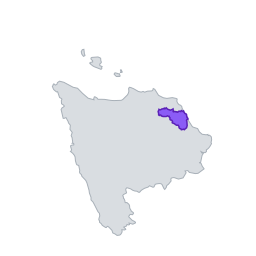 where Granada sits in Spain, rotated 242°
{"feature_id": "ESP-5821", "entity_name": "Granada", "entity_type": "Autonomous Community", "adm_level": 1, "iso_a3": "ESP", "parent_name": "Spain", "parent_adm1": "", "projection": "orthographic", "projection_center": [-3.141, 37.388], "detail": "fine", "context": "in_parent", "style": "filled", "palette": "violet", "viewbox_px": 256, "rotation_deg": 242, "n_neighbors": 0, "source": "natural_earth", "source_scale": "10m", "svg_char_len": 5060}
<svg xmlns="http://www.w3.org/2000/svg" viewBox="0 0 256 256"><g transform="rotate(242 128 128)"><path d="M134.3,66.2L134.3,66.8L135.4,68.0L138.5,68.6L139.3,69.1L139.2,70.7L138.5,72.1L139.2,72.7L139.9,72.7L140.8,71.5L141.0,72.3L142.5,72.9L145.7,74.1L147.9,74.2L150.3,76.7L154.0,76.1L157.5,78.4L160.6,77.8L161.4,78.2L166.3,78.1L166.5,76.1L167.0,75.3L175.7,77.6L176.8,79.3L176.7,80.1L177.2,82.1L178.4,81.9L180.6,80.7L183.5,82.0L184.4,83.1L185.0,83.2L187.1,81.9L193.1,82.9L193.3,82.0L193.7,81.7L196.1,80.7L197.2,80.4L200.4,80.8L200.8,81.9L201.5,82.3L201.8,83.3L200.0,84.0L199.9,85.7L201.2,87.0L201.5,89.5L198.5,92.8L189.7,98.7L186.8,102.1L180.0,104.1L173.0,106.8L168.9,111.2L170.0,111.5L171.3,112.9L170.9,113.6L169.1,114.7L167.4,115.0L164.5,120.4L160.3,126.0L158.8,128.5L155.6,135.0L155.6,136.8L157.5,143.1L158.6,144.7L160.0,146.0L162.6,147.1L163.3,148.3L162.5,149.4L159.9,151.5L155.4,154.3L153.5,156.5L153.2,158.5L151.8,159.5L151.4,162.4L149.6,166.4L149.6,167.4L151.0,168.8L149.6,169.8L142.5,170.3L138.1,173.4L135.9,176.2L134.0,181.4L131.5,184.4L130.5,185.0L128.8,183.7L126.7,183.5L124.6,184.0L123.6,185.0L121.9,185.6L120.2,185.1L116.7,184.8L115.1,184.9L112.7,185.7L110.6,185.2L107.0,184.8L99.3,185.4L98.3,185.8L94.8,189.2L91.1,189.2L87.7,190.5L85.3,193.8L84.8,195.6L84.2,195.2L83.6,195.3L83.3,196.7L81.0,197.4L78.3,196.3L76.2,194.5L75.0,194.4L73.3,191.7L72.5,190.0L72.0,188.2L72.0,187.0L70.4,186.2L70.0,184.6L71.3,182.5L72.9,181.4L71.4,181.4L70.3,182.7L69.0,180.5L63.6,176.0L64.0,174.5L63.0,175.6L62.3,175.9L59.5,175.6L56.2,176.0L55.1,168.6L56.1,166.1L60.0,161.3L62.3,160.8L63.3,158.2L61.2,158.3L58.1,153.2L59.2,148.6L62.6,145.4L63.2,144.0L63.4,142.7L62.8,141.8L61.0,141.2L59.4,137.5L59.0,135.2L57.6,133.9L56.5,131.6L57.6,131.3L62.2,131.5L63.3,131.0L64.3,129.5L65.2,127.1L65.5,125.6L63.8,123.3L63.8,122.9L64.0,122.2L66.9,119.9L66.4,118.1L67.0,114.3L66.9,112.1L66.7,110.3L65.8,108.0L66.5,107.0L67.9,106.3L69.2,104.4L70.9,102.9L73.1,101.7L75.8,99.0L75.4,97.7L74.6,97.0L71.5,96.3L71.3,95.8L71.4,92.8L70.7,91.5L69.5,91.6L67.8,91.0L67.4,91.3L65.2,91.1L63.7,90.5L63.0,91.0L62.8,92.0L60.2,93.0L58.7,92.9L56.4,91.9L53.7,92.0L53.3,91.8L51.0,92.9L50.2,92.9L49.3,91.4L50.7,89.3L49.7,87.2L49.0,87.0L44.7,88.3L42.1,90.1L41.1,90.3L40.7,90.0L40.8,87.1L43.6,84.3L42.0,84.0L42.1,83.1L43.3,81.8L42.2,80.7L42.5,77.7L40.1,78.5L39.5,78.4L39.6,77.1L41.1,74.8L39.7,74.4L38.6,73.5L37.4,71.4L37.4,70.3L38.3,67.9L40.4,66.9L42.5,65.3L45.2,65.8L49.3,64.6L50.7,64.0L50.7,62.9L50.3,62.1L50.7,61.5L54.1,59.6L56.1,59.5L58.1,58.6L59.4,59.3L60.6,59.1L61.9,60.0L63.6,61.8L66.1,62.7L68.2,62.2L78.8,62.4L81.9,61.6L84.2,62.8L88.7,63.4L91.4,64.4L98.9,66.0L101.6,66.1L107.1,64.6L108.6,65.0L110.8,64.3L111.9,64.5L113.2,65.5L118.1,66.9L119.3,65.7L120.3,65.5L123.7,66.2L127.3,67.7L129.1,67.8L131.7,67.3L134.3,66.2ZM202.9,127.8L204.2,128.4L205.6,127.7L206.3,127.8L207.1,128.1L207.3,129.2L204.8,134.9L202.5,136.6L200.1,135.6L198.7,135.4L198.2,134.9L197.8,133.2L197.1,132.7L196.2,132.5L194.4,134.0L193.8,133.1L192.9,132.9L192.6,132.4L192.5,131.7L197.9,127.0L199.5,126.0L202.9,124.6L203.4,124.8L203.0,125.4L203.5,126.0L202.9,127.8ZM218.6,124.4L218.2,126.0L213.9,124.3L212.5,124.2L212.1,123.9L212.2,122.3L214.9,121.9L217.3,122.5L218.6,124.4ZM180.5,144.7L180.0,145.8L177.9,145.6L177.4,145.1L177.8,143.9L178.4,143.7L178.4,142.8L179.0,141.9L181.9,141.0L182.6,141.6L182.8,142.5L181.1,144.4L180.5,144.7ZM182.8,149.0L182.5,149.3L180.1,149.2L180.1,148.4L180.5,147.4L181.4,148.4L182.7,148.5L182.8,149.0Z" fill="#d9dde1" stroke="#a8b0b8" stroke-width="1"/><path d="M117.0,185.1L116.6,185.1L115.6,184.9L114.1,185.1L113.9,185.2L113.7,185.4L113.4,185.6L112.9,186.0L112.0,185.9L111.5,185.5L111.2,185.5L110.4,185.4L110.2,185.1L109.8,185.1L109.3,185.2L109.1,185.3L108.4,185.4L107.7,185.2L107.6,184.7L107.9,184.0L107.0,183.1L106.3,183.1L102.4,181.4L100.9,180.0L100.7,179.8L100.6,179.4L100.5,178.3L100.0,177.1L101.0,176.3L100.9,175.8L101.3,175.1L101.3,174.6L101.4,174.3L101.5,174.2L102.2,174.3L102.4,174.2L102.7,174.1L103.3,173.4L103.6,173.3L104.6,173.3L105.3,173.7L106.9,173.6L107.6,172.2L109.1,171.3L109.9,171.1L111.6,169.6L111.9,169.5L112.2,169.7L112.8,170.4L113.2,170.4L114.4,170.2L114.6,170.0L114.9,169.5L115.3,169.2L115.7,169.1L116.2,169.2L117.5,169.9L117.8,169.7L118.1,169.6L118.4,169.6L119.0,169.8L119.2,169.2L120.2,168.6L120.2,167.2L120.4,166.7L121.8,164.2L123.0,163.1L123.4,163.3L124.5,162.5L124.4,161.5L125.2,161.2L126.3,161.8L127.8,162.2L128.1,162.2L128.6,162.5L128.9,163.0L129.2,163.4L129.6,163.9L129.9,164.1L129.1,164.7L129.0,164.9L128.9,165.0L128.8,165.8L128.9,166.8L128.9,167.1L128.5,167.7L128.4,168.0L128.5,169.4L127.6,169.6L127.9,171.2L126.0,171.8L123.9,173.7L123.8,173.9L123.8,174.9L123.7,175.1L123.6,175.3L123.7,176.7L122.9,176.4L122.3,176.4L122.1,176.3L121.7,175.8L121.6,175.7L121.2,175.6L120.9,175.8L120.5,177.3L120.3,177.5L120.0,177.6L119.9,177.7L119.7,178.0L119.6,178.5L119.4,178.8L118.9,178.8L118.7,179.0L118.6,179.3L118.7,179.9L118.9,180.5L119.0,180.8L118.9,181.1L117.9,182.1L117.8,182.3L118.1,182.5L118.4,183.3L116.8,184.3L117.0,185.1Z" fill="#8b5cf6" stroke="#5b21b6" stroke-width="1.5"/></g></svg>